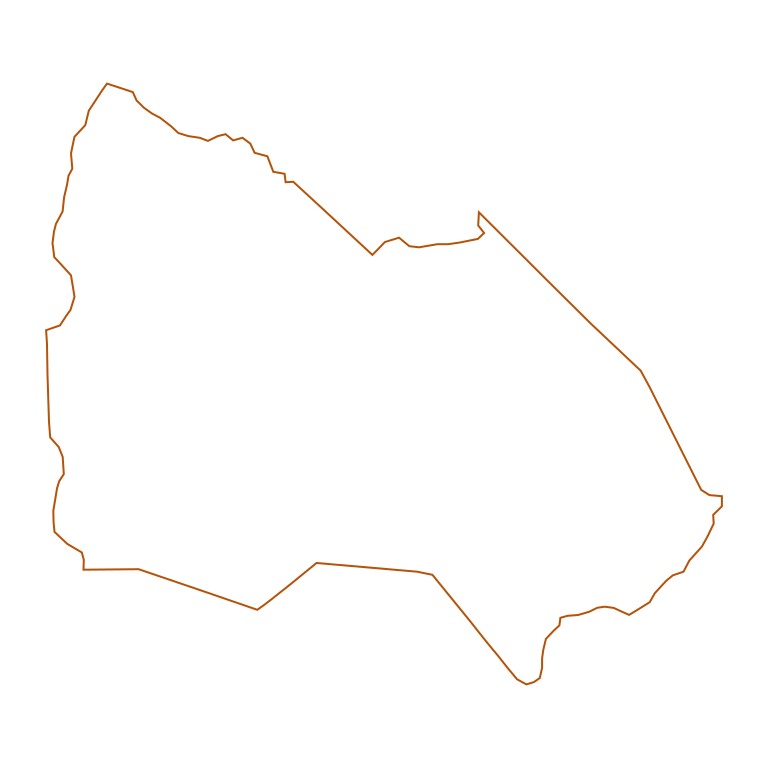 outline of Palmeira dos Índios, Alagoas, Brazil
{"feature_id": "56859067B22177061917050", "entity_name": "Palmeira dos Índios", "entity_type": "district", "adm_level": 2, "iso_a3": "BRA", "parent_name": "Brazil", "parent_adm1": "Alagoas", "projection": "mercator", "projection_center": [-36.61, -9.412], "detail": "fine", "context": "isolated", "style": "outline", "palette": "amber", "viewbox_px": 768, "rotation_deg": 0, "n_neighbors": 0, "source": "geoboundaries", "source_scale": "gbopen_adm2", "svg_char_len": 1657}
<svg xmlns="http://www.w3.org/2000/svg" viewBox="0 0 768 768"><path d="M107.0,83.6L101.8,90.9L88.8,110.7L85.3,125.1L74.5,136.8L72.8,144.6L71.0,153.5L72.3,168.7L68.5,175.8L67.0,184.9L64.1,197.3L62.6,211.5L56.0,223.8L54.0,231.5L52.5,243.2L54.3,257.2L61.0,264.3L71.0,275.4L73.2,288.6L74.5,296.9L70.5,309.9L66.1,316.0L60.0,325.4L46.1,330.2L47.0,344.1L47.5,374.7L49.0,421.9L50.2,437.4L58.7,447.0L62.7,456.9L63.8,474.1L59.2,481.2L57.1,488.0L53.3,510.9L53.6,522.8L54.5,531.9L67.3,543.9L81.8,552.5L83.8,559.8L83.5,569.7L138.6,569.2L204.1,591.5L257.3,609.8L263.9,605.1L271.1,599.6L290.9,583.9L316.5,563.0L417.1,571.7L432.4,574.8L469.9,620.9L479.9,633.6L487.6,643.2L493.1,649.9L497.9,655.6L503.4,662.6L508.4,668.9L517.1,679.3L526.4,684.4L533.9,682.1L539.8,678.0L542.1,667.8L542.1,658.4L543.2,650.3L545.9,638.9L553.9,630.5L559.4,625.4L560.4,617.8L567.6,615.8L578.1,615.0L589.1,611.8L597.2,607.8L604.7,606.7L613.7,607.9L620.4,611.0L629.1,614.9L640.1,608.2L649.7,602.2L654.9,593.1L666.2,580.8L672.9,575.3L683.5,571.7L689.3,560.6L701.9,546.6L707.4,536.7L713.7,523.6L713.2,514.9L721.9,506.3L721.9,496.2L709.4,495.1L701.2,489.9L649.4,386.7L640.7,370.7L590.7,323.5L545.9,279.1L531.6,264.8L478.9,212.3L478.2,225.5L484.1,233.0L477.9,238.9L459.9,242.5L448.1,244.2L437.4,244.2L419.1,247.3L409.3,246.2L399.1,237.7L384.9,242.0L378.7,248.5L372.4,254.9L325.1,211.1L293.3,181.8L285.6,182.2L284.6,173.8L273.3,171.8L267.4,156.3L254.6,152.8L250.3,143.6L242.5,137.8L233.1,140.4L225.6,134.2L217.8,136.1L207.9,140.9L199.8,137.8L188.3,136.1L178.3,133.0L171.1,126.3L160.1,117.8L152.0,113.5L144.1,107.9L136.6,100.5L132.8,92.1L107.0,83.6Z" fill="none" stroke="#b45309" stroke-width="2"/></svg>